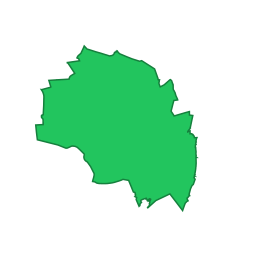 the district of Almelo, Overijssel, Netherlands, rotated 306°
{"feature_id": "6326949B33573744184458", "entity_name": "Almelo", "entity_type": "district", "adm_level": 2, "iso_a3": "NLD", "parent_name": "Netherlands", "parent_adm1": "Overijssel", "projection": "orthographic", "projection_center": [6.653, 52.345], "detail": "fine", "context": "isolated", "style": "filled", "palette": "green", "viewbox_px": 256, "rotation_deg": 306, "n_neighbors": 0, "source": "geoboundaries", "source_scale": "gbopen_adm2", "svg_char_len": 5154}
<svg xmlns="http://www.w3.org/2000/svg" viewBox="0 0 256 256"><g transform="rotate(306 128 128)"><path d="M93.3,220.7L96.9,219.6L100.8,218.5L103.2,218.8L103.5,218.9L104.4,219.4L105.5,217.3L106.5,217.0L107.0,217.3L108.6,217.2L109.5,217.7L110.2,216.4L115.6,214.3L119.1,213.6L120.7,214.0L126.0,212.4L126.6,210.6L127.9,210.2L128.2,210.0L128.5,209.8L128.6,210.1L128.7,209.7L129.4,209.4L129.7,209.5L129.7,209.3L132.0,208.2L133.4,207.5L134.7,206.8L136.3,205.8L136.8,205.6L137.1,205.4L139.6,203.8L140.5,203.1L144.2,200.3L144.5,200.7L144.5,200.1L145.3,199.5L145.6,199.5L146.2,198.9L147.3,197.9L148.2,197.4L149.4,196.5L149.7,196.1L150.9,195.1L151.9,194.3L151.8,194.0L153.1,193.1L154.3,192.4L154.7,192.7L155.1,192.1L156.5,191.2L156.8,191.4L157.1,191.0L157.3,190.8L157.7,190.5L158.4,190.2L159.1,189.9L159.8,189.6L160.7,189.4L159.2,187.4L159.7,187.0L160.1,186.4L160.5,185.7L160.5,184.2L160.9,184.2L160.8,183.1L160.5,182.3L159.8,181.6L162.1,179.9L159.9,178.6L160.0,178.5L160.8,178.4L161.7,178.4L162.4,178.4L163.3,178.5L163.6,178.5L164.0,178.4L164.3,178.4L164.6,178.5L164.7,178.4L164.7,178.2L164.8,178.2L176.2,173.1L174.6,170.1L177.4,168.0L177.3,167.9L176.6,167.4L175.0,166.1L174.9,166.0L170.9,162.9L167.4,160.2L167.0,159.9L166.9,159.8L165.4,158.7L165.0,158.3L165.0,158.2L164.9,158.1L165.1,157.9L165.2,157.6L166.9,153.0L173.1,150.5L177.2,148.9L179.9,151.7L180.3,151.3L182.4,147.6L182.9,146.9L183.1,146.7L183.3,146.6L183.4,146.3L183.9,145.7L184.1,145.5L184.6,144.5L184.7,144.3L185.1,143.6L185.6,142.3L185.7,142.2L186.1,141.7L186.3,141.5L189.5,139.1L190.0,138.3L189.9,138.3L191.9,135.5L192.1,133.9L191.7,133.6L184.2,131.9L180.2,129.9L181.2,128.3L182.5,126.5L182.8,126.5L183.0,126.3L183.7,126.1L184.8,125.4L185.2,125.3L185.5,125.2L185.4,125.0L185.2,124.7L184.8,124.2L185.1,123.7L185.7,123.1L191.4,114.8L190.5,99.5L188.8,98.1L186.3,90.6L184.9,85.1L183.8,80.4L183.2,77.9L183.2,77.5L183.3,76.6L183.3,75.9L184.0,74.1L184.0,73.9L184.0,73.7L183.6,73.7L183.0,73.7L183.0,73.4L182.9,73.3L182.2,73.6L181.5,72.8L181.3,72.8L181.2,72.9L180.7,72.8L180.4,73.1L180.2,73.1L179.3,73.1L178.4,73.0L177.5,72.6L177.4,72.6L175.8,71.1L175.5,70.9L174.3,67.3L174.0,66.5L172.5,62.0L170.8,57.4L168.3,49.8L167.8,48.6L168.6,44.4L168.2,44.5L167.0,44.8L160.8,46.0L160.7,46.0L157.2,45.2L156.7,45.2L155.6,45.3L154.7,45.5L154.8,46.1L155.0,47.0L155.1,47.3L155.0,47.5L154.9,47.6L154.8,47.8L154.3,48.6L154.2,48.8L153.9,49.3L153.6,49.0L146.9,42.1L146.1,41.3L145.3,40.4L145.0,40.6L145.1,40.9L145.2,41.2L145.1,41.5L145.0,41.9L140.9,52.8L140.6,52.7L137.0,51.2L136.6,51.1L136.0,50.9L135.3,50.9L134.9,50.9L134.5,51.0L134.1,51.1L133.8,51.2L132.9,51.6L132.6,51.2L131.8,50.3L125.5,42.6L125.3,42.3L125.2,42.1L124.9,41.9L120.0,36.0L119.8,36.3L115.8,41.5L115.7,41.5L115.3,41.3L112.5,39.0L109.0,36.2L108.6,35.8L108.2,35.5L108.1,35.3L107.9,35.8L107.6,36.6L107.4,37.1L106.9,38.1L106.5,38.7L105.9,39.5L105.5,40.0L105.1,40.5L104.6,41.0L104.1,41.4L103.6,41.8L102.7,42.4L99.1,44.9L96.5,46.7L88.9,51.6L87.9,50.8L87.6,50.8L87.3,51.1L87.1,50.8L86.6,51.1L86.1,51.5L85.9,51.7L85.7,51.9L85.6,52.2L85.6,52.4L85.5,52.7L85.5,53.2L85.4,53.5L85.2,53.8L85.0,54.2L84.7,54.4L84.3,54.8L82.1,56.4L82.2,56.5L80.9,57.4L80.3,56.6L76.7,52.2L76.2,51.6L70.8,56.4L65.2,61.6L73.0,81.1L73.2,81.8L75.0,88.9L75.2,89.6L75.5,90.0L75.9,90.5L76.3,90.8L77.5,91.5L80.3,93.1L81.0,93.9L80.9,94.0L81.3,94.6L81.5,94.9L81.7,95.3L82.1,96.1L82.2,96.6L82.4,97.4L82.5,97.8L82.5,98.2L82.5,98.6L82.5,99.1L82.4,99.6L82.2,101.5L81.2,107.8L80.6,108.4L79.6,108.8L79.2,109.0L78.7,109.3L78.1,109.8L77.8,110.1L77.5,110.5L77.0,111.2L76.8,111.7L76.7,112.1L76.5,113.0L76.5,113.5L76.5,114.1L76.6,114.6L76.6,114.9L76.6,115.1L76.4,115.7L75.5,118.4L75.2,119.2L74.9,120.2L74.6,120.8L71.2,127.4L70.8,127.7L70.4,128.0L69.9,128.3L69.4,128.6L67.5,129.4L65.0,130.3L63.9,130.8L64.5,132.0L64.7,132.5L65.0,133.3L65.0,133.6L65.0,133.8L65.0,134.6L65.1,135.1L65.4,135.8L65.8,136.6L65.9,136.9L66.5,137.8L68.2,140.3L69.9,142.6L71.2,144.2L72.0,145.0L73.3,146.4L74.6,147.7L76.0,148.9L77.7,150.2L78.9,151.1L80.1,152.0L81.7,153.1L82.6,153.6L83.5,154.1L86.0,159.3L81.8,166.1L79.4,169.9L79.4,170.2L79.5,170.4L79.7,170.7L79.8,171.2L79.9,171.3L79.6,172.1L79.4,172.3L79.1,172.4L79.0,172.5L78.9,172.5L78.6,172.8L78.6,173.1L78.4,173.3L78.3,173.5L78.2,173.5L77.7,173.6L77.1,174.0L76.9,174.1L76.6,174.0L76.8,175.3L76.9,175.8L74.9,176.7L74.0,178.2L71.2,182.9L71.5,182.9L71.8,183.2L72.0,183.2L72.8,183.0L73.4,182.4L74.6,182.5L75.1,182.5L75.8,182.6L75.9,182.2L76.0,181.9L76.1,181.7L76.5,181.2L76.8,181.0L77.2,181.0L77.8,181.2L78.0,181.3L80.2,182.7L80.8,183.2L81.2,183.6L81.3,183.8L81.2,183.8L81.2,184.0L81.3,184.0L81.2,184.1L81.4,184.2L81.6,184.3L81.6,184.8L81.2,185.4L81.2,185.5L80.6,186.2L80.9,186.7L80.8,187.2L80.7,187.3L80.9,187.4L81.9,186.8L82.1,187.1L82.3,186.9L82.6,186.8L82.9,186.8L83.3,186.9L83.5,187.0L83.6,187.4L83.6,187.7L83.7,187.8L83.7,188.2L83.6,188.3L82.3,188.6L82.2,188.6L82.1,188.3L82.1,188.1L81.8,188.1L81.6,188.1L81.1,189.0L80.9,189.3L80.0,189.5L79.2,189.8L79.1,190.0L78.9,190.2L78.7,190.4L78.1,190.8L77.8,190.9L77.1,190.7L76.6,190.7L76.0,190.6L75.8,190.6L75.2,190.6L74.5,190.8L85.7,193.2L99.3,200.6L96.9,208.7L96.1,211.4L93.3,220.7Z" fill="#22c55e" stroke="#15803d" stroke-width="1.5"/></g></svg>